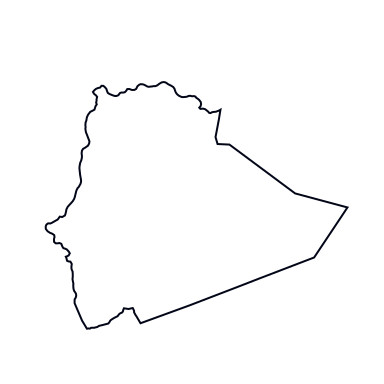 Brejolândia, Bahia, Brazil (Robinson projection), rotated 350°
{"feature_id": "56859067B59046067616005", "entity_name": "Brejolândia", "entity_type": "district", "adm_level": 2, "iso_a3": "BRA", "parent_name": "Brazil", "parent_adm1": "Bahia", "projection": "robinson", "projection_center": [-43.939, -12.468], "detail": "fine", "context": "isolated", "style": "outline", "palette": "ink", "viewbox_px": 384, "rotation_deg": 350, "n_neighbors": 0, "source": "geoboundaries", "source_scale": "gbopen_adm2", "svg_char_len": 2899}
<svg xmlns="http://www.w3.org/2000/svg" viewBox="0 0 384 384"><g transform="rotate(350 192 192)"><path d="M125.8,77.6L125.6,75.7L124.6,73.9L123.2,72.1L121.3,71.7L119.6,73.2L117.3,73.3L115.3,73.8L113.4,74.9L111.8,76.3L112.8,78.6L114.1,80.0L115.1,81.8L114.2,83.9L113.8,85.7L113.1,87.4L113.4,89.2L111.9,90.7L111.0,92.5L110.2,94.0L108.7,94.5L105.7,95.4L103.1,97.8L101.5,100.1L100.3,103.4L99.3,105.0L98.6,107.7L98.5,109.6L98.0,111.1L97.9,114.5L98.3,116.5L99.1,120.6L99.8,124.3L99.1,126.4L97.6,128.3L94.7,129.7L92.2,130.6L90.8,132.2L90.0,134.8L89.9,137.2L89.5,139.1L88.5,141.5L86.9,144.0L85.8,147.0L85.3,148.8L85.1,151.2L84.8,155.7L84.8,158.6L84.8,161.0L84.5,162.7L83.6,164.6L81.3,167.4L80.0,168.3L78.4,170.5L77.1,173.4L75.8,176.4L74.7,178.4L72.7,180.6L69.7,182.9L67.1,184.9L65.3,187.3L64.6,189.3L63.6,191.6L62.8,193.0L59.9,194.1L57.5,193.3L55.1,195.7L52.6,196.6L51.2,197.1L48.4,198.1L47.0,198.4L44.9,197.9L43.0,198.8L42.0,200.4L41.6,203.0L43.0,205.6L45.0,207.5L47.1,208.8L48.8,210.5L48.8,212.4L47.9,214.4L47.5,217.2L48.9,218.9L50.7,219.2L52.5,219.2L54.3,220.3L54.8,223.0L55.6,225.0L56.9,225.6L58.6,226.7L59.6,228.2L60.4,229.5L61.0,231.2L59.6,233.0L57.9,233.6L56.5,233.8L56.9,235.7L57.0,238.0L58.3,238.9L60.2,239.5L61.1,242.0L60.4,244.2L60.0,246.1L60.1,247.8L60.6,249.6L60.3,252.2L59.8,255.0L59.2,256.9L59.2,259.7L59.3,261.3L58.9,263.2L58.6,265.2L58.5,267.0L58.8,269.1L59.6,270.6L60.1,272.4L59.9,274.3L59.1,275.9L57.8,277.3L57.4,279.2L57.1,281.2L61.4,299.6L64.8,308.4L66.4,308.4L67.7,308.8L69.1,308.2L70.4,308.4L71.9,308.7L73.6,308.6L75.3,308.5L77.1,307.7L80.6,307.5L86.8,307.0L88.3,305.6L89.1,304.5L90.3,303.8L91.9,303.1L93.5,302.5L95.0,302.0L97.2,301.4L98.3,300.3L99.4,299.4L100.6,298.9L102.1,298.6L103.2,297.7L103.7,296.4L104.8,294.7L106.8,295.4L109.1,296.2L111.2,296.1L113.5,296.0L114.3,298.8L114.1,300.6L115.0,303.2L115.9,305.3L118.5,312.3L169.5,303.3L220.4,293.4L243.6,288.8L300.9,277.7L335.1,241.9L342.4,234.2L307.9,218.1L293.3,211.3L237.1,151.8L225.5,149.2L224.7,142.0L226.0,138.6L231.0,125.4L234.3,115.9L232.7,116.5L231.1,116.8L229.4,117.1L227.3,116.9L225.6,116.9L224.0,117.5L222.6,117.0L221.9,115.7L220.3,113.8L219.1,112.6L217.3,111.8L214.7,111.6L213.8,110.2L215.4,108.9L216.2,107.1L216.2,104.8L215.0,102.5L213.7,101.0L212.6,100.0L211.9,98.6L210.6,97.9L208.6,97.7L207.1,97.0L205.4,96.8L203.5,97.3L202.2,97.2L200.3,97.1L198.4,96.7L195.9,95.0L194.4,93.3L193.4,91.4L192.9,89.2L192.7,87.4L191.8,85.4L189.7,83.5L188.5,82.7L187.0,81.5L185.6,80.0L184.4,79.2L183.1,78.8L181.1,78.8L178.5,79.8L176.4,80.9L174.4,81.4L172.6,81.1L171.0,81.1L169.6,81.0L167.7,80.9L166.4,80.4L165.2,79.4L163.4,78.0L161.9,77.3L160.0,76.9L158.7,77.2L156.6,78.4L155.0,80.7L153.0,81.5L150.6,81.1L148.2,79.7L146.1,79.4L144.8,80.9L143.1,82.1L141.3,82.1L139.7,81.8L138.3,82.0L137.3,82.9L136.3,83.9L134.4,84.3L132.8,84.1L131.6,83.5L130.0,82.6L127.7,81.1L126.3,79.8L125.8,77.6Z" fill="none" stroke="#020617" stroke-width="2"/></g></svg>